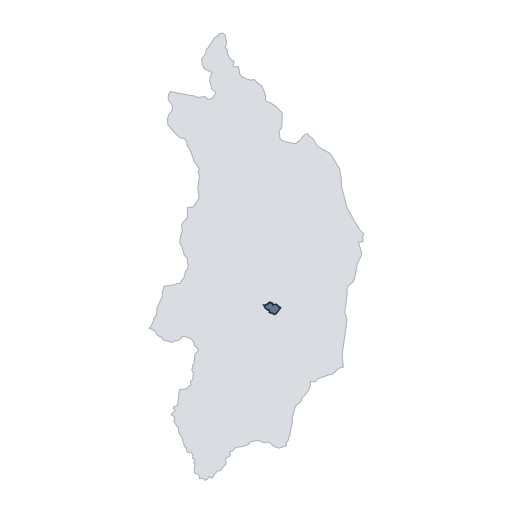 location of Bayan-Ovoo, Bayanhongor, Mongolia, rotated 269°
{"feature_id": "93677404B1507170544198", "entity_name": "Bayan-Ovoo", "entity_type": "district", "adm_level": 2, "iso_a3": "MNG", "parent_name": "Mongolia", "parent_adm1": "Bayanhongor", "projection": "albers", "projection_center": [100.443, 46.171], "detail": "fine", "context": "in_parent", "style": "filled", "palette": "slate", "viewbox_px": 512, "rotation_deg": 269, "n_neighbors": 0, "source": "geoboundaries", "source_scale": "gbopen_adm2", "svg_char_len": 4896}
<svg xmlns="http://www.w3.org/2000/svg" viewBox="0 0 512 512"><g transform="rotate(269 256 256)"><path d="M34.5,195.6L36.1,195.8L38.8,194.3L39.5,191.8L40.5,190.5L46.4,190.6L49.0,191.8L49.7,190.3L50.2,190.1L51.4,191.7L52.9,191.3L53.9,190.8L55.0,188.9L57.0,189.5L60.8,187.9L61.1,184.0L62.6,183.3L65.8,183.0L66.4,181.3L67.1,180.8L69.4,180.7L73.5,179.2L75.4,179.2L77.0,177.7L80.7,175.8L86.0,175.4L86.6,174.3L91.6,171.3L96.8,171.7L98.4,168.8L99.2,168.5L102.4,172.5L103.9,172.2L104.6,170.9L106.7,171.1L107.4,173.7L108.5,174.9L123.6,177.1L124.0,178.1L124.4,184.1L127.0,187.1L127.6,188.5L131.8,188.4L134.1,190.8L137.7,190.9L139.5,191.6L143.2,189.8L144.0,189.8L145.1,191.0L146.9,190.3L150.1,192.4L152.7,192.2L153.9,193.1L155.4,192.5L159.1,193.3L161.9,196.5L164.0,196.4L166.5,194.4L167.2,193.0L170.7,192.4L172.8,191.0L174.2,189.8L176.3,185.2L176.8,180.4L175.0,179.6L173.5,178.0L172.7,175.4L172.7,173.6L171.1,170.9L171.3,169.5L172.3,167.2L172.9,163.4L174.1,161.4L176.5,160.3L176.8,158.8L178.4,156.0L182.1,154.3L184.3,151.1L185.5,147.9L187.3,149.6L192.1,152.0L196.1,153.1L198.7,155.5L205.7,156.1L217.6,161.7L220.1,161.4L227.1,163.6L227.7,164.4L227.8,168.7L228.3,169.8L228.7,174.4L230.1,176.7L229.8,179.4L230.5,180.3L232.2,180.6L235.1,183.4L241.6,185.2L243.5,187.0L247.9,188.1L250.2,187.2L253.9,187.5L255.2,187.2L257.4,184.9L258.9,184.1L267.1,182.0L269.3,180.4L270.8,180.0L277.4,181.0L282.1,182.7L288.6,182.1L291.9,184.2L293.4,186.4L296.1,188.2L305.3,188.2L305.8,188.7L306.1,193.5L306.5,194.2L313.0,198.9L315.9,200.2L324.3,199.0L337.7,200.9L340.6,199.5L343.6,200.8L344.6,200.6L352.5,195.1L353.8,195.2L362.2,192.3L367.4,189.2L371.6,188.7L374.6,186.3L375.5,182.4L380.2,177.2L388.8,170.1L394.8,169.9L398.5,171.2L402.8,174.4L405.1,175.1L408.9,174.7L413.9,171.0L416.8,171.0L419.7,171.7L421.9,173.3L417.3,195.0L417.4,196.2L415.5,200.9L416.3,207.7L413.2,210.8L414.4,214.5L415.5,215.8L420.1,218.8L421.3,218.1L422.1,216.3L424.0,214.4L427.9,214.0L431.1,212.7L435.6,213.1L440.1,215.4L444.3,207.4L449.3,205.4L454.2,205.2L458.9,209.0L463.7,210.0L465.5,212.4L467.5,213.0L468.2,214.1L474.8,218.1L476.7,221.3L478.8,223.3L479.4,225.9L479.3,227.2L477.4,229.1L469.7,230.3L464.8,228.9L463.4,230.6L457.5,231.4L454.5,233.2L452.5,234.7L451.5,236.6L450.6,237.3L449.6,237.4L447.5,236.4L446.0,236.8L445.6,237.2L445.5,241.7L440.6,242.7L438.8,242.6L435.0,245.4L434.7,247.2L433.0,249.9L431.8,254.6L432.5,256.4L432.2,257.7L428.9,260.7L425.9,264.8L418.8,267.6L415.3,268.5L412.6,268.2L410.1,269.2L408.8,273.4L404.7,279.0L398.4,284.8L385.1,284.1L383.4,283.6L380.3,281.2L372.8,282.1L370.9,284.4L369.5,287.6L367.6,297.5L371.3,302.4L375.3,305.5L377.0,307.7L377.4,309.8L375.1,311.2L372.2,315.1L364.6,319.4L357.0,332.2L341.7,341.1L331.8,342.6L323.8,342.7L302.7,347.9L289.2,355.0L279.2,361.0L277.1,363.6L276.0,364.1L274.1,363.2L268.4,363.2L268.2,358.7L256.1,361.9L246.1,357.0L231.8,354.2L229.0,353.1L224.1,347.3L221.5,346.5L215.3,346.3L198.4,343.7L190.5,345.9L156.0,340.4L143.4,341.3L143.0,340.7L142.4,336.9L136.8,330.8L136.1,329.3L136.0,327.1L131.9,315.0L129.0,313.0L129.7,308.1L125.2,308.2L120.4,306.0L115.5,302.1L113.3,299.3L109.7,298.4L105.7,293.4L103.7,292.3L93.3,289.4L87.9,289.4L82.3,287.6L75.8,286.7L73.8,285.5L71.9,285.4L68.4,282.9L65.8,283.1L63.5,275.9L64.7,271.8L66.3,269.4L69.7,266.0L69.8,264.6L69.0,261.0L71.4,255.1L71.2,251.3L70.1,246.8L68.0,245.5L65.7,239.4L65.3,234.7L64.3,231.5L61.4,229.2L60.7,226.3L59.8,226.0L59.0,226.8L57.2,226.9L55.5,225.0L54.7,222.9L53.6,222.2L51.5,222.0L49.6,222.6L47.6,221.9L46.1,219.9L41.8,216.5L42.0,214.5L41.5,213.0L40.1,212.4L38.9,210.8L34.7,208.4L34.8,207.4L36.3,205.4L33.5,203.2L32.6,201.2L34.7,199.0L34.2,197.3L34.5,195.6Z" fill="#d9dde1" stroke="#a8b0b8" stroke-width="1"/><path d="M203.8,279.7L204.0,279.5L204.0,279.4L204.2,279.2L204.3,279.2L204.4,278.9L204.4,278.7L204.5,278.6L204.4,278.5L204.4,278.4L204.4,278.2L204.5,278.2L204.8,278.1L205.0,278.0L205.1,277.9L205.8,277.1L206.7,276.4L206.7,276.0L207.4,275.4L207.1,273.4L206.8,272.1L206.7,272.0L208.5,271.8L208.5,271.4L208.6,271.2L208.8,270.8L208.9,270.5L208.8,270.4L208.7,270.3L208.5,270.0L208.5,269.9L208.9,269.8L209.2,269.7L209.4,269.7L209.3,269.4L209.3,269.2L209.4,268.9L209.3,268.7L209.5,268.6L209.4,268.2L209.2,268.0L209.0,267.9L208.9,267.8L208.7,267.8L208.6,267.7L208.4,267.5L208.3,267.4L208.2,267.3L208.2,267.2L208.1,266.9L208.0,266.7L207.9,266.7L207.8,266.8L207.7,266.8L207.6,266.4L207.6,266.2L207.6,265.9L207.5,265.7L207.4,265.7L207.3,265.4L207.2,265.3L206.9,265.3L206.8,265.2L206.7,264.7L206.8,264.4L206.7,264.0L206.8,263.4L206.8,262.8L206.4,263.1L206.0,263.2L205.5,263.6L204.1,264.2L203.7,264.3L203.3,265.1L202.5,265.7L202.2,266.1L201.7,267.0L202.1,267.5L201.9,268.2L201.5,268.2L200.3,268.6L199.6,268.2L198.7,269.5L198.8,270.4L198.6,271.3L198.1,271.8L197.9,272.0L197.8,272.3L197.7,272.4L197.7,272.5L197.6,272.8L197.4,272.9L197.4,273.0L197.2,273.5L198.0,275.1L203.8,279.7Z" fill="#64748b" stroke="#1e293b" stroke-width="1.5"/></g></svg>